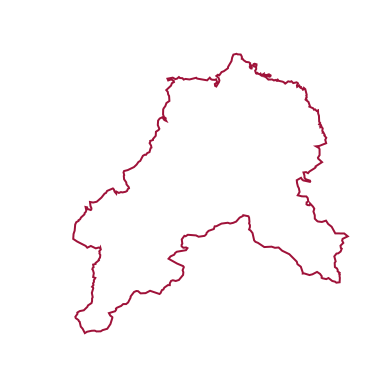 the district of Telciu, Bistrita-Nasaud, Romania, rotated 166°
{"feature_id": "2599482B29024117941085", "entity_name": "Telciu", "entity_type": "district", "adm_level": 2, "iso_a3": "ROU", "parent_name": "Romania", "parent_adm1": "Bistrita-Nasaud", "projection": "albers", "projection_center": [24.422, 47.482], "detail": "fine", "context": "isolated", "style": "outline", "palette": "rose", "viewbox_px": 384, "rotation_deg": 166, "n_neighbors": 0, "source": "geoboundaries", "source_scale": "gbopen_adm2", "svg_char_len": 5920}
<svg xmlns="http://www.w3.org/2000/svg" viewBox="0 0 384 384"><g transform="rotate(166 192 192)"><path d="M118.6,315.3L120.5,312.7L122.0,309.5L126.7,304.7L127.2,303.4L131.9,301.5L134.3,301.2L137.3,298.6L138.5,299.5L140.3,298.7L138.6,296.2L138.4,293.7L139.2,292.2L142.9,288.5L143.9,289.4L143.7,291.3L141.0,292.3L141.4,295.5L142.8,295.3L145.3,296.1L146.2,296.7L147.1,298.6L150.3,296.7L159.6,300.8L160.2,301.8L167.2,301.8L171.0,303.3L172.9,303.1L173.7,304.7L176.1,305.5L176.9,306.7L179.1,305.6L180.9,305.6L183.0,307.6L188.4,307.9L188.1,306.0L184.8,306.3L182.9,304.1L183.2,303.9L183.0,303.0L185.2,302.4L186.6,300.3L192.3,297.1L191.3,295.1L191.5,292.4L191.0,290.7L191.9,285.8L195.3,284.5L197.1,281.8L199.3,280.0L200.0,279.0L201.3,274.3L201.1,271.7L199.7,269.9L200.3,269.2L199.8,267.2L201.4,268.5L202.7,271.7L205.6,271.1L207.6,269.5L209.0,265.2L208.4,261.2L209.5,260.2L212.4,259.2L213.6,255.3L216.9,253.0L217.3,251.9L220.2,251.7L220.4,250.8L221.3,249.7L220.5,247.0L220.6,244.9L221.6,244.5L223.6,241.0L226.0,240.6L227.7,239.2L228.8,239.6L230.9,239.0L234.7,234.7L236.7,234.1L239.1,232.0L242.3,230.2L249.1,228.8L252.8,228.8L253.7,227.6L253.7,224.7L254.3,224.1L254.8,220.7L253.5,217.3L253.7,215.2L252.2,212.0L252.2,210.9L253.7,210.3L254.7,208.8L256.3,208.3L259.5,208.4L261.0,209.1L263.2,208.8L265.2,210.6L265.9,208.8L267.0,211.0L267.2,213.4L267.9,214.6L274.1,213.6L275.7,211.9L277.2,211.6L281.2,208.5L286.8,205.6L290.5,205.7L293.4,207.0L293.9,202.9L293.5,200.6L294.0,199.3L294.6,199.0L297.6,200.9L297.5,202.5L298.9,203.2L299.0,199.7L300.1,198.2L301.3,197.5L301.8,196.3L305.9,194.1L307.2,192.6L308.9,192.1L309.1,191.4L311.6,190.7L313.2,188.7L315.2,182.9L317.1,179.9L318.6,175.2L315.4,171.7L308.2,165.4L307.1,163.3L303.2,164.1L299.0,160.6L296.0,160.7L294.8,159.8L294.4,160.3L294.4,158.3L296.3,156.9L296.2,155.8L296.7,154.8L296.2,153.1L297.1,150.7L298.9,149.0L298.8,148.3L302.8,146.4L303.0,145.5L305.5,145.5L305.7,142.8L306.7,142.3L307.4,141.1L307.0,140.2L306.9,137.0L308.5,133.4L306.6,132.0L308.6,130.1L308.9,128.5L310.1,127.3L310.1,125.6L311.9,124.2L311.1,123.3L311.1,122.5L313.6,118.3L313.8,114.0L314.7,112.9L315.4,110.2L316.4,108.5L320.4,107.1L321.3,105.9L325.6,103.4L329.7,103.6L332.1,102.9L332.5,102.7L332.6,101.5L335.4,99.1L335.3,97.7L333.2,95.3L333.0,94.0L332.4,93.3L332.5,88.3L331.2,85.8L330.1,81.0L327.6,81.8L322.7,81.6L319.9,81.0L318.4,79.8L314.3,78.9L312.2,79.6L307.3,79.8L303.1,83.6L299.7,89.2L299.6,89.9L301.2,91.9L301.9,94.6L295.5,94.9L294.0,96.2L294.0,97.3L292.7,97.9L288.3,98.6L285.9,99.9L283.0,99.2L280.7,100.3L277.2,104.3L276.8,105.5L272.4,109.0L269.9,109.4L268.3,108.8L266.4,106.1L261.5,105.1L256.6,106.3L248.2,100.9L247.0,101.5L244.9,104.1L243.4,104.3L242.0,105.9L237.9,107.5L236.1,107.0L235.6,108.8L233.8,110.8L231.9,111.0L229.3,109.6L226.0,109.8L220.7,113.7L219.8,116.3L220.0,118.4L218.1,121.1L218.5,122.2L223.8,126.2L230.9,132.9L228.4,134.7L224.4,135.5L223.1,136.9L221.2,137.7L211.9,137.0L210.0,138.6L211.1,139.6L213.9,140.0L215.2,141.8L214.9,143.2L213.9,144.2L213.4,148.5L210.0,151.3L208.9,150.6L206.4,151.5L198.6,148.9L196.4,147.0L190.4,146.4L188.4,147.5L187.7,148.8L185.3,150.3L179.8,150.8L178.3,153.2L176.6,152.9L171.0,154.2L164.7,153.5L162.7,152.2L159.6,152.1L156.3,152.6L152.0,155.6L148.4,156.4L147.9,157.1L143.1,154.8L142.8,153.3L143.5,149.0L144.2,147.9L143.8,145.8L144.3,143.9L145.7,141.8L144.5,140.5L143.2,137.5L143.4,130.0L142.5,128.3L140.3,126.7L135.2,121.1L128.0,119.7L125.0,117.8L121.4,117.2L118.7,113.2L112.6,108.1L107.2,99.1L107.1,96.4L104.5,93.2L104.0,87.1L104.3,86.1L102.9,85.9L98.1,83.0L95.1,83.0L90.0,84.2L87.6,81.6L86.5,78.9L87.0,77.4L86.4,76.8L82.8,75.0L80.4,75.5L77.4,71.7L74.9,70.4L73.9,69.1L70.6,68.7L69.3,73.0L69.2,74.9L68.5,76.3L69.1,77.0L68.3,77.9L69.9,79.8L69.5,81.0L69.8,82.7L71.5,84.6L70.7,88.7L69.4,89.9L69.5,95.1L66.7,97.3L64.9,97.1L62.2,98.3L60.4,100.8L61.1,101.6L60.9,104.0L57.5,106.0L58.1,108.5L57.2,110.1L51.6,111.3L54.3,114.9L63.0,117.2L64.9,124.5L67.6,128.0L68.9,131.8L73.2,131.5L76.9,132.9L77.7,133.7L79.3,136.4L78.5,139.8L78.9,143.6L77.4,146.2L78.1,148.5L80.2,152.3L80.5,151.2L81.1,150.7L82.9,151.3L83.9,152.3L83.3,154.2L81.5,154.7L81.2,158.1L82.1,160.0L86.4,161.2L90.2,163.2L87.6,166.0L87.4,169.8L87.9,171.9L87.9,175.3L87.5,178.1L82.8,179.4L82.1,177.4L81.2,176.3L75.1,173.3L74.7,173.7L74.8,174.5L78.3,176.7L79.4,178.5L78.9,180.9L79.1,184.0L76.5,183.7L74.9,182.2L73.1,183.5L67.3,185.4L66.1,186.0L66.0,186.9L58.6,189.5L61.5,193.9L61.5,194.8L59.3,196.9L57.9,202.6L58.1,203.9L60.6,206.3L57.5,205.9L50.0,206.9L50.1,210.4L48.6,212.1L49.9,214.7L49.4,215.1L50.1,218.0L50.8,218.0L50.4,218.9L50.8,219.8L49.8,222.1L50.4,223.5L51.6,223.7L51.2,224.2L51.6,224.8L50.6,224.9L50.7,225.8L51.1,226.8L52.0,227.1L51.0,228.1L51.6,229.4L50.4,235.2L50.6,237.7L50.0,240.7L51.4,240.4L52.6,242.4L53.7,242.3L54.2,243.9L57.4,246.4L56.8,246.9L57.2,251.2L59.3,253.9L58.5,254.2L58.8,255.4L57.7,256.3L57.8,257.9L57.2,258.4L57.2,264.4L58.2,265.8L58.8,264.6L59.6,264.4L60.0,265.7L61.3,266.7L61.0,267.5L61.9,267.7L62.1,269.3L64.5,268.6L64.4,270.1L62.9,271.5L63.0,272.1L64.0,273.1L67.4,273.2L68.7,275.4L70.1,275.2L71.9,276.1L75.2,274.6L75.6,274.9L75.4,275.3L77.3,277.1L81.0,278.9L81.7,280.4L82.1,280.3L81.9,279.2L82.6,279.2L84.1,280.6L85.5,280.4L87.0,281.8L90.7,282.6L92.7,285.8L94.1,286.7L93.9,287.5L92.5,286.5L89.6,286.3L89.6,285.5L88.9,285.1L88.2,285.2L88.3,285.6L87.6,286.2L88.9,287.6L91.4,287.4L92.6,288.0L93.2,287.5L94.4,288.1L93.9,289.2L95.5,288.7L96.8,289.6L95.6,288.5L96.0,287.8L97.2,288.9L97.1,290.2L97.8,289.9L99.6,290.9L99.4,291.2L99.9,291.8L100.8,291.3L101.2,291.7L101.4,294.4L100.0,295.7L99.7,296.9L99.7,297.8L100.7,298.4L98.9,298.9L98.5,300.3L100.2,301.3L101.1,301.2L101.2,300.4L101.8,300.0L104.2,300.7L103.9,298.1L104.3,297.4L104.9,297.6L105.6,298.6L105.1,299.0L105.5,300.0L104.7,300.8L104.9,301.9L104.4,302.9L105.4,304.1L108.0,305.1L110.1,307.5L110.8,309.3L111.4,309.3L110.9,311.4L111.5,313.6L114.6,314.6L115.3,315.3L118.6,315.3Z" fill="none" stroke="#9f1239" stroke-width="2"/></g></svg>